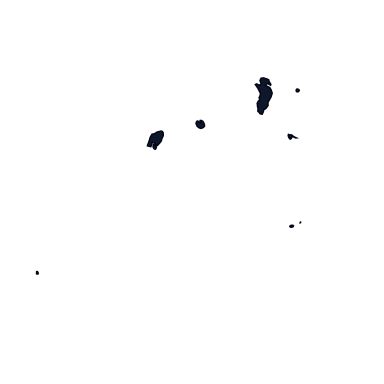 outline of Temotu, rotated 113°
{"feature_id": "SLB-1934", "entity_name": "Temotu", "entity_type": "Province", "adm_level": 1, "iso_a3": "SLB", "parent_name": "Solomon Islands", "parent_adm1": "", "projection": "orthographic", "projection_center": [166.516, -11.046], "detail": "fine", "context": "isolated", "style": "filled", "palette": "ink", "viewbox_px": 384, "rotation_deg": 113, "n_neighbors": 0, "source": "natural_earth", "source_scale": "10m", "svg_char_len": 1967}
<svg xmlns="http://www.w3.org/2000/svg" viewBox="0 0 384 384"><g transform="rotate(113 192 192)"><path d="M93.4,160.0L92.5,161.1L92.1,162.8L88.8,164.1L87.8,165.1L86.2,165.8L85.2,166.6L83.5,166.5L82.9,166.6L80.6,165.7L79.5,166.6L78.7,167.2L77.7,166.9L74.6,167.4L70.9,171.7L68.3,175.7L67.2,174.6L67.4,172.2L66.4,170.9L65.3,170.7L62.8,173.0L60.2,172.8L59.0,170.7L58.7,167.2L58.7,165.3L60.3,164.1L61.1,162.9L62.1,161.5L63.0,161.4L62.6,164.5L63.9,166.0L64.7,166.2L65.2,165.0L65.3,163.7L65.5,161.3L67.0,159.2L69.7,156.8L73.6,156.4L79.9,157.1L82.7,155.8L85.8,156.5L87.3,157.3L87.5,157.7L87.9,158.1L90.5,157.7L93.0,157.8L93.4,160.0ZM161.6,244.9L161.8,246.2L161.7,247.9L166.4,247.6L166.9,251.1L160.4,251.5L158.5,251.8L157.0,251.7L154.5,251.4L153.2,249.6L152.2,248.6L151.0,248.1L150.5,247.5L149.0,245.6L147.9,244.2L147.9,242.8L148.6,241.8L149.5,241.3L151.3,240.5L152.9,240.5L154.9,240.6L156.9,240.2L159.0,240.7L162.7,242.0L161.6,244.9ZM129.5,212.9L127.4,215.1L126.8,215.1L125.9,215.3L125.2,215.2L124.5,214.7L124.5,214.1L124.5,213.3L125.0,212.7L125.3,212.1L125.2,210.8L124.0,211.6L123.0,212.4L122.5,211.6L122.7,209.6L123.9,208.0L125.5,206.6L126.6,206.2L128.0,206.7L129.3,207.8L130.1,209.0L130.1,210.7L129.5,212.9ZM102.6,121.6L103.9,121.5L105.0,122.3L104.2,124.0L102.5,125.5L101.3,125.7L101.2,124.4L101.3,123.2L100.7,123.2L100.5,122.6L101.1,120.7L101.4,118.8L101.4,117.1L101.7,117.6L101.7,121.9L102.3,121.7L102.6,121.6ZM167.0,242.5L167.1,243.3L166.5,244.7L165.1,245.8L163.6,246.0L163.0,245.0L163.4,243.5L164.6,242.4L166.2,242.2L167.0,242.5ZM57.9,135.7L57.1,136.0L56.4,135.8L55.9,134.9L56.0,133.9L56.2,133.3L56.7,132.9L58.0,133.2L58.8,134.4L58.6,135.3L57.9,135.7ZM183.9,87.7L183.2,86.1L183.6,85.3L184.5,85.4L185.5,86.5L185.9,87.7L185.6,88.4L184.9,88.5L183.9,87.7ZM326.9,301.7L327.8,301.8L328.1,303.1L327.4,303.4L326.0,303.9L325.6,303.1L326.3,302.4L326.9,301.7ZM176.7,80.3L177.8,80.1L178.1,80.4L177.8,80.5L176.7,80.3Z" fill="#0f172a" stroke="#020617" stroke-width="1.5"/></g></svg>